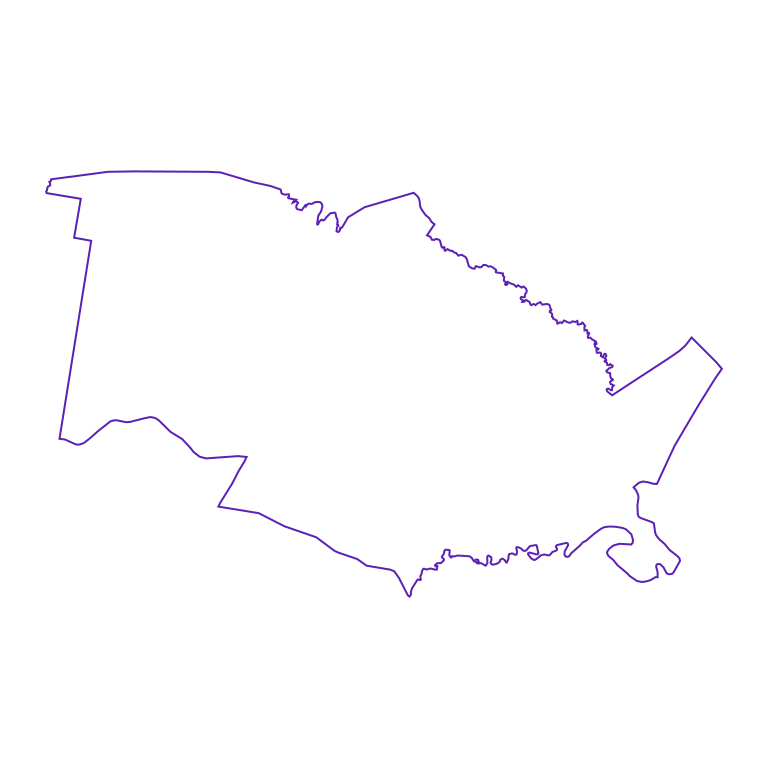 the district of Fairfield, New South Wales, Australia
{"feature_id": "25037944B49484594449228", "entity_name": "Fairfield", "entity_type": "district", "adm_level": 2, "iso_a3": "AUS", "parent_name": "Australia", "parent_adm1": "New South Wales", "projection": "orthographic", "projection_center": [150.93, -33.867], "detail": "fine", "context": "isolated", "style": "outline", "palette": "violet", "viewbox_px": 768, "rotation_deg": 0, "n_neighbors": 0, "source": "geoboundaries", "source_scale": "gbopen_adm2", "svg_char_len": 6106}
<svg xmlns="http://www.w3.org/2000/svg" viewBox="0 0 768 768"><path d="M51.1,179.3L50.8,181.2L49.4,181.8L50.2,183.7L50.1,185.5L47.9,186.6L47.3,188.1L47.0,190.3L46.1,191.6L46.6,193.1L80.8,198.8L74.1,237.7L91.2,240.8L59.5,438.8L65.0,439.5L76.0,444.5L79.4,444.6L83.7,443.1L89.3,438.8L98.5,430.7L110.5,421.3L113.7,420.4L116.9,420.3L126.0,422.2L130.1,421.9L144.2,418.3L150.1,417.1L152.8,417.4L155.5,418.2L159.0,420.5L170.5,431.9L182.1,439.0L190.4,447.9L193.4,451.8L199.6,456.7L206.0,458.4L238.3,456.1L246.6,457.0L244.4,461.5L238.8,470.7L232.3,483.4L220.4,502.5L218.4,506.6L258.8,513.2L284.5,526.3L316.3,537.3L334.7,551.0L338.9,552.8L357.1,559.0L366.7,565.7L390.1,569.6L394.2,571.2L399.0,578.0L407.9,595.4L409.5,596.6L411.0,594.4L410.9,591.8L412.0,588.4L417.1,580.2L418.1,579.4L419.9,580.1L420.8,579.7L420.3,576.3L421.7,573.5L421.8,571.7L422.8,569.4L423.9,568.7L426.5,569.5L430.5,568.5L435.3,569.7L436.8,569.6L437.4,566.2L437.0,565.9L435.5,566.3L435.0,565.2L437.0,563.3L441.1,563.0L443.4,560.8L443.9,560.1L443.9,559.1L442.2,557.7L441.9,556.6L443.8,553.9L444.3,551.0L445.4,549.7L449.2,550.0L449.7,550.4L449.3,555.4L450.6,557.3L451.6,557.3L452.0,556.2L454.4,556.4L457.7,555.5L469.6,556.3L472.0,558.2L473.9,561.3L474.5,561.2L475.5,559.7L477.1,559.5L478.2,560.0L478.6,561.5L476.0,562.2L477.5,563.5L481.0,563.1L485.7,565.7L487.4,563.2L487.2,557.2L487.8,555.8L488.5,555.6L491.2,557.2L491.5,560.1L490.5,562.7L491.0,563.6L492.5,564.7L496.2,564.0L498.5,562.8L499.8,561.6L500.4,559.7L502.4,558.6L504.5,559.9L506.1,562.3L506.8,562.5L508.5,558.6L508.4,556.6L509.2,554.0L512.4,553.4L515.4,554.9L516.6,554.4L517.0,551.7L516.3,547.9L516.8,547.1L518.9,547.4L521.5,548.9L523.0,550.5L524.7,551.0L526.2,550.4L529.9,546.1L535.6,545.1L536.7,545.4L538.4,553.3L537.9,554.2L536.4,554.4L529.4,552.5L528.0,553.4L528.3,554.7L530.6,557.7L532.6,559.4L534.6,560.0L536.3,559.1L541.2,555.2L544.4,554.5L548.4,555.4L549.8,555.1L552.5,551.9L555.4,551.0L556.8,550.1L557.1,548.9L555.8,546.4L557.0,545.1L566.3,542.9L567.8,543.5L568.2,545.0L564.8,551.2L564.4,554.2L565.4,556.4L567.8,556.9L569.5,555.8L571.2,553.3L579.8,545.7L582.8,542.4L586.1,540.7L594.1,533.8L601.1,528.7L604.2,527.2L609.3,526.5L616.1,526.8L622.7,528.0L625.8,529.2L631.3,534.2L633.0,539.7L632.7,542.8L631.2,544.5L619.7,543.8L614.6,545.1L612.8,545.9L609.2,548.8L607.3,551.5L607.0,553.1L608.3,555.8L613.4,560.1L617.4,565.1L627.4,573.5L629.8,576.1L637.2,581.1L642.4,582.0L647.1,581.2L650.6,580.1L655.6,577.1L657.6,577.2L657.6,572.0L656.1,566.5L656.7,564.5L658.2,564.0L660.2,564.2L663.5,567.4L666.7,573.4L669.4,574.3L672.2,573.8L673.6,572.3L680.0,561.0L679.4,558.2L677.3,556.0L669.6,550.0L664.7,544.0L659.2,539.2L657.2,536.7L655.9,534.8L655.1,532.1L653.9,523.4L652.4,522.3L641.2,518.2L639.3,517.2L638.3,516.0L637.8,514.2L637.4,505.6L638.5,497.4L638.2,495.1L636.1,490.4L633.6,487.3L638.8,482.8L642.8,481.5L648.2,482.3L652.9,483.7L656.9,484.0L674.6,445.8L698.8,404.7L715.6,377.8L721.9,368.8L716.3,362.2L691.6,337.5L685.4,345.5L679.7,350.7L669.6,357.7L612.1,395.3L607.2,391.4L606.6,389.6L607.0,388.9L608.3,388.6L610.9,390.2L612.0,390.2L612.2,387.2L613.8,385.4L610.8,384.1L610.0,382.2L610.7,381.1L612.8,380.1L612.9,379.5L610.9,378.2L610.2,376.0L610.2,373.2L607.2,372.3L606.3,371.0L609.2,368.2L612.3,367.0L612.7,365.8L610.1,364.1L609.0,365.2L607.3,365.0L606.9,362.7L604.6,361.5L604.7,361.0L605.8,360.9L606.3,360.3L606.1,359.6L604.8,358.5L606.4,355.8L605.5,353.9L604.7,353.8L604.0,354.4L602.9,357.3L600.9,356.1L601.2,354.0L600.7,352.8L599.7,352.5L597.3,352.9L596.7,352.5L596.4,349.9L598.3,349.3L598.5,348.7L595.5,347.4L594.5,344.4L594.7,343.4L595.6,344.2L596.5,343.9L596.4,342.5L595.3,341.1L592.2,339.5L590.4,337.7L588.5,338.0L587.9,337.6L587.8,336.6L589.2,333.3L588.8,332.9L587.6,333.4L587.3,331.0L586.8,330.0L584.5,330.4L584.4,327.1L585.1,325.9L582.9,322.8L582.1,322.6L581.2,324.0L578.2,324.6L577.6,324.2L577.7,322.0L577.3,320.9L575.3,322.0L572.5,321.3L570.4,322.8L568.3,322.5L564.0,320.5L561.9,323.1L560.1,322.2L558.1,323.5L557.3,323.6L556.7,320.4L553.2,318.7L553.0,317.3L551.9,316.6L552.2,314.7L552.0,313.7L549.7,312.0L549.9,311.0L551.1,310.6L551.4,309.9L550.4,308.4L549.7,305.5L548.9,304.5L546.9,304.0L542.3,304.6L540.2,302.1L537.0,303.8L535.6,305.1L533.7,304.0L531.2,305.1L530.5,304.5L529.3,301.6L527.8,301.2L526.5,300.0L525.5,300.1L524.2,301.8L522.3,301.9L523.1,300.5L521.1,299.3L520.6,298.4L520.8,297.4L521.5,296.9L523.7,297.4L524.8,297.1L525.0,294.4L526.3,292.7L526.8,290.9L526.1,288.8L523.9,286.6L523.2,286.5L521.7,287.6L517.9,285.2L516.3,286.8L513.5,284.3L511.1,283.7L507.6,281.8L507.0,282.3L507.4,284.2L506.5,284.9L505.4,284.9L505.1,284.1L506.2,282.4L503.9,280.8L504.2,276.7L502.8,275.7L503.0,273.5L495.9,272.3L495.7,271.8L496.2,270.3L495.9,269.7L492.3,267.1L490.6,266.3L488.5,266.6L486.0,265.1L483.4,264.9L481.4,267.1L479.5,267.4L476.2,266.1L475.5,266.6L474.6,268.7L472.0,268.3L468.8,266.2L466.8,259.2L465.6,257.1L461.7,254.8L458.2,255.6L456.3,253.1L453.8,252.3L452.5,250.9L450.3,250.8L447.5,249.1L445.3,250.8L444.8,250.6L444.3,249.7L444.6,247.6L443.8,247.0L442.6,247.7L441.8,247.3L440.0,240.8L439.1,239.7L435.8,238.9L434.5,239.9L432.0,239.8L430.4,236.8L427.0,235.3L434.5,224.3L431.5,221.9L429.1,218.0L425.4,214.9L421.6,209.4L420.2,206.6L419.7,201.6L418.9,198.3L417.4,196.2L413.7,192.8L364.6,207.2L348.1,217.3L342.0,227.6L340.5,227.8L340.7,228.3L340.0,228.9L340.0,230.3L338.4,232.0L336.6,231.4L336.8,228.2L337.5,226.2L338.2,225.9L338.1,225.0L337.5,225.0L337.1,224.4L337.5,223.8L337.2,223.0L337.7,222.1L337.3,219.2L336.3,217.2L335.5,213.4L334.6,212.6L330.4,213.3L326.9,216.7L324.6,219.8L323.1,220.4L322.1,219.7L320.9,220.1L319.1,221.9L318.2,224.1L317.6,224.6L317.1,224.1L318.3,215.7L321.1,211.4L322.4,206.5L322.3,204.9L320.7,202.4L318.0,201.9L315.1,202.2L311.7,203.9L308.8,203.6L307.2,204.6L306.2,206.1L306.0,205.0L305.5,205.0L301.7,210.2L297.7,209.3L296.8,208.7L296.2,207.5L296.5,205.2L298.1,202.8L296.3,201.1L292.8,202.7L293.4,201.5L295.9,199.7L288.4,198.2L288.0,197.5L289.1,196.3L288.8,194.2L285.4,194.7L282.9,194.1L281.5,193.1L280.6,189.5L270.6,186.0L254.3,182.5L220.4,172.4L207.7,171.8L134.7,171.4L108.0,171.8L51.1,179.3Z" fill="none" stroke="#5b21b6" stroke-width="2"/></svg>